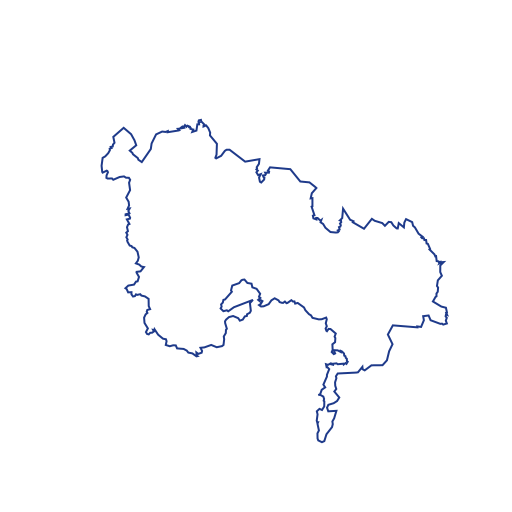 outline of Zongolica, Veracruz, Mexico, rotated 313°
{"feature_id": "50627088B83388448178787", "entity_name": "Zongolica", "entity_type": "district", "adm_level": 2, "iso_a3": "MEX", "parent_name": "Mexico", "parent_adm1": "Veracruz", "projection": "orthographic", "projection_center": [-96.939, 18.652], "detail": "fine", "context": "isolated", "style": "outline", "palette": "blue", "viewbox_px": 512, "rotation_deg": 313, "n_neighbors": 0, "source": "geoboundaries", "source_scale": "gbopen_adm2", "svg_char_len": 6137}
<svg xmlns="http://www.w3.org/2000/svg" viewBox="0 0 512 512"><g transform="rotate(313 256 256)"><path d="M343.3,435.9L344.2,433.8L344.9,434.2L347.7,430.2L345.4,426.0L343.4,416.4L348.6,415.2L349.6,415.5L351.6,413.6L353.8,413.3L357.1,410.7L357.5,408.8L362.2,405.6L368.3,405.4L369.9,401.7L374.8,397.2L379.6,397.4L378.0,395.9L375.7,395.1L377.2,394.6L376.2,393.9L376.5,393.1L375.5,391.6L378.7,387.8L378.0,387.4L378.9,385.4L379.1,378.4L379.9,378.5L382.1,373.4L381.5,372.2L383.7,369.5L382.5,368.3L383.5,366.8L382.3,365.3L382.4,364.3L383.7,364.6L383.2,359.7L385.3,352.7L385.2,350.3L387.3,347.1L385.3,340.6L381.6,341.7L377.8,344.6L377.4,338.0L372.8,340.9L372.1,340.0L372.0,335.6L373.0,331.9L371.5,329.8L366.0,329.7L366.2,325.9L362.7,318.8L362.2,315.4L349.6,316.4L346.7,303.8L347.9,303.6L346.7,300.1L350.0,287.4L342.5,293.2L339.3,293.1L339.8,294.1L338.8,295.3L337.0,295.3L336.4,297.0L335.0,297.6L333.7,297.0L332.4,299.1L330.6,298.4L330.5,299.7L329.1,299.7L327.6,298.4L324.3,294.1L324.0,287.5L325.2,283.3L324.7,280.2L326.9,279.2L325.8,279.0L325.8,275.1L324.9,274.1L323.9,275.2L322.7,272.3L324.3,270.1L325.7,270.9L330.0,263.0L330.8,263.4L336.8,257.8L335.4,256.7L340.0,254.0L346.9,253.8L346.9,252.3L346.3,244.9L340.7,237.6L342.9,221.9L330.4,205.8L326.5,206.5L326.7,208.0L325.7,208.6L323.2,205.9L322.7,207.3L321.4,207.6L319.6,206.1L318.7,208.1L319.0,208.7L317.5,209.8L313.3,209.7L313.0,208.2L315.4,204.8L319.0,203.6L316.6,202.4L317.5,199.2L319.7,199.1L319.6,197.2L320.7,197.1L321.4,196.0L325.4,195.3L329.2,192.5L317.6,183.7L315.7,164.2L313.6,162.0L311.7,161.5L305.5,162.2L300.2,160.3L300.1,159.3L303.2,158.0L311.4,150.9L312.8,140.1L315.0,138.3L317.0,133.9L317.5,130.5L314.9,129.3L315.6,128.7L316.9,129.3L317.1,124.2L318.0,122.9L316.2,121.7L314.9,122.4L315.1,123.3L314.0,122.7L314.5,123.4L313.5,124.6L312.3,123.3L307.1,126.9L303.3,124.8L305.7,123.9L304.3,121.4L305.1,120.8L304.6,119.5L305.4,119.3L304.5,116.9L303.1,117.0L303.3,114.8L301.4,115.1L300.9,116.1L299.0,114.7L301.0,114.6L300.6,113.9L297.0,113.3L295.8,112.2L295.6,114.1L294.9,113.7L286.3,107.0L287.2,106.3L285.1,105.3L283.0,102.5L276.8,100.0L267.1,102.9L262.5,106.1L246.8,108.4L246.2,104.3L247.0,102.8L246.5,96.7L247.1,95.2L247.0,91.8L255.3,92.9L257.7,88.3L259.9,81.6L259.5,71.8L245.8,70.4L242.3,75.3L240.0,75.4L238.4,76.5L236.8,75.4L236.4,76.7L234.7,75.8L233.7,77.0L230.4,77.8L226.0,77.8L223.2,76.9L216.7,81.5L212.6,86.2L212.4,87.0L216.6,88.6L216.8,89.3L216.3,90.6L213.1,91.7L211.1,93.3L211.4,94.6L214.5,97.8L214.4,99.6L220.8,102.4L224.2,105.2L224.6,107.5L226.5,109.7L225.9,112.0L223.0,113.2L218.3,119.0L210.2,121.2L208.8,125.9L206.4,128.7L202.9,129.9L204.6,131.2L201.9,131.9L200.9,134.3L197.6,132.2L196.9,132.8L199.4,134.6L198.1,137.9L197.3,138.3L194.7,136.6L193.1,141.6L191.7,141.0L189.1,142.0L186.8,145.4L184.6,145.2L183.8,147.6L181.3,148.4L180.5,150.9L179.4,151.2L178.7,152.5L177.5,156.5L178.4,158.2L178.0,159.6L179.0,161.6L178.3,166.4L175.0,171.2L171.9,172.8L168.7,173.2L170.1,176.5L170.1,179.3L171.5,181.6L166.0,182.0L163.0,179.5L162.4,179.9L160.9,184.7L156.7,186.7L155.4,185.7L151.9,186.3L147.3,182.8L143.4,182.5L143.6,184.0L142.2,187.3L144.6,189.6L143.0,191.1L142.5,193.7L144.1,194.8L146.1,194.4L146.5,195.6L149.1,197.4L148.9,199.2L150.7,202.3L151.4,206.7L146.2,211.7L144.9,214.8L142.4,213.3L140.7,214.1L140.3,215.4L138.0,215.1L134.6,216.2L131.0,220.1L129.3,226.3L125.3,227.4L124.7,229.5L125.5,231.0L127.7,231.0L129.0,232.3L131.2,232.8L131.8,231.1L132.5,232.2L133.2,231.8L131.7,238.1L132.1,244.4L133.7,246.9L132.7,248.7L129.4,250.7L131.2,254.5L134.2,256.3L135.9,258.3L134.6,261.3L138.7,266.5L139.6,269.9L139.2,272.4L141.4,275.9L142.0,280.9L142.9,281.5L142.8,280.4L144.8,278.2L145.0,280.5L148.2,282.2L149.8,281.3L151.0,278.0L154.0,280.6L160.4,283.9L162.5,289.5L166.9,292.6L168.8,292.9L173.4,289.5L175.2,287.3L179.0,286.5L181.5,284.4L182.9,284.3L185.9,279.2L187.1,277.9L189.0,277.5L192.9,277.9L196.5,280.2L198.4,285.4L197.7,288.3L200.5,289.7L204.2,289.0L205.9,290.2L207.3,289.2L210.3,290.2L212.4,289.6L217.4,283.7L221.8,283.7L203.5,274.8L196.6,273.4L196.4,271.7L193.4,269.8L193.5,265.9L195.5,265.4L196.8,263.5L199.3,263.5L201.7,262.1L203.1,263.0L213.4,262.7L213.8,261.2L218.2,258.8L224.7,262.2L228.4,261.9L229.6,262.5L230.9,263.6L230.4,268.1L232.7,271.6L230.6,274.7L232.4,278.8L231.2,284.8L228.2,286.0L228.3,287.8L225.4,287.5L225.5,289.3L226.0,288.7L227.0,289.7L227.4,291.5L224.1,292.2L222.2,291.7L222.5,294.1L224.4,295.9L229.4,298.1L234.1,297.5L237.8,298.5L238.9,302.7L238.4,304.7L239.4,306.8L240.2,307.8L242.4,308.2L242.3,310.5L243.1,311.0L247.8,312.0L247.9,314.1L249.0,315.1L247.9,317.1L250.1,318.5L251.1,326.2L250.0,329.1L249.6,334.5L250.1,336.7L249.3,339.5L252.5,345.2L254.6,347.2L258.8,349.3L258.0,350.9L254.4,352.9L252.9,355.7L250.4,356.4L249.3,358.5L249.4,359.2L252.2,358.8L253.4,360.3L253.7,367.2L250.6,368.5L250.1,370.0L246.9,372.6L243.5,372.1L239.6,376.1L237.4,376.9L237.3,379.8L238.7,380.3L240.1,377.0L242.7,380.1L243.6,383.5L244.4,382.7L244.8,383.9L244.7,386.9L243.3,388.5L243.7,389.7L242.7,391.2L242.8,392.5L241.1,394.2L241.2,395.2L238.8,395.7L238.7,394.5L236.4,394.1L236.8,393.3L232.6,389.6L232.4,388.1L229.7,385.8L229.0,386.5L228.0,384.7L229.0,385.0L228.5,383.9L225.5,382.9L224.6,381.0L222.9,383.4L223.4,383.6L223.2,386.7L217.5,388.9L216.2,390.1L207.9,393.0L207.1,396.2L203.0,395.3L198.9,397.1L196.8,396.5L198.2,397.5L199.1,401.1L197.9,403.3L196.3,404.2L196.3,405.1L192.5,408.5L188.4,409.3L187.5,406.7L183.9,406.4L182.2,409.0L177.0,412.7L176.1,414.2L176.7,414.8L175.3,415.3L171.3,421.0L168.2,421.9L164.5,425.5L163.6,427.3L164.8,431.2L167.2,432.2L173.7,429.1L182.7,428.3L185.4,426.8L187.1,424.7L190.5,423.9L197.6,420.4L191.7,414.8L193.5,411.4L196.5,410.4L201.3,413.2L205.2,414.2L209.3,413.4L210.3,405.7L213.5,405.4L215.1,402.5L217.5,400.0L221.5,398.1L222.5,396.5L225.8,395.9L239.1,408.8L240.5,409.9L247.5,409.4L245.9,411.2L246.5,413.5L254.8,415.0L262.4,423.0L269.0,422.9L277.2,418.3L284.6,416.0L288.5,406.0L298.6,403.4L313.9,422.7L314.5,422.0L316.7,425.1L323.5,422.6L326.0,419.3L330.2,422.8L328.1,427.5L332.1,437.1L333.4,438.2L333.5,439.7L336.8,441.6L338.2,438.9L340.9,437.7L341.2,435.8L342.9,434.8L343.3,435.9Z" fill="none" stroke="#1e3a8a" stroke-width="2"/></g></svg>